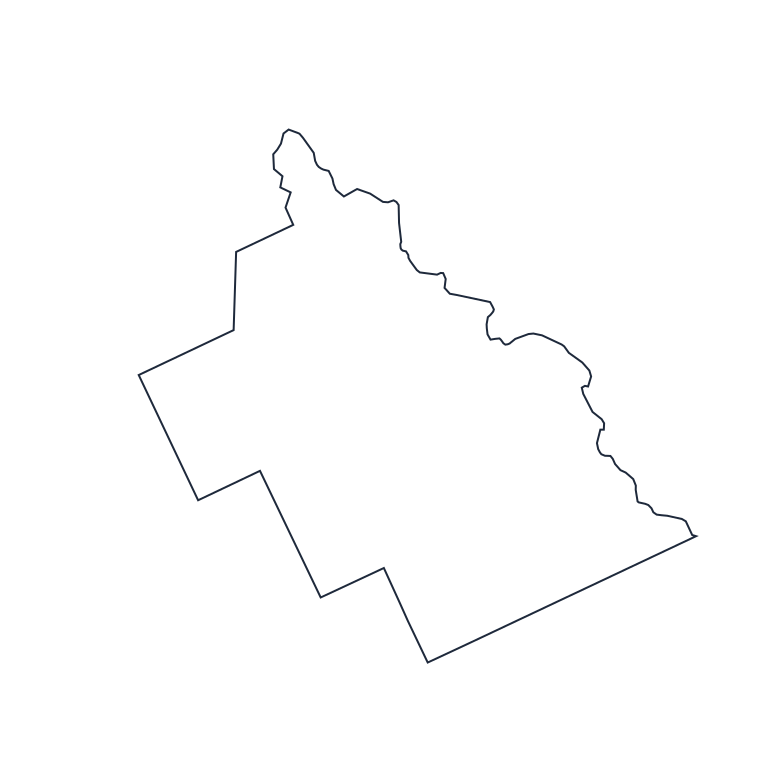 outline of Sabine, Louisiana, United States of America, rotated 155°
{"feature_id": "52423323B1560312281680", "entity_name": "Sabine", "entity_type": "district", "adm_level": 2, "iso_a3": "USA", "parent_name": "United States of America", "parent_adm1": "Louisiana", "projection": "orthographic", "projection_center": [-93.696, 31.506], "detail": "fine", "context": "isolated", "style": "outline", "palette": "slate", "viewbox_px": 768, "rotation_deg": 155, "n_neighbors": 0, "source": "geoboundaries", "source_scale": "gbopen_adm2", "svg_char_len": 1762}
<svg xmlns="http://www.w3.org/2000/svg" viewBox="0 0 768 768"><g transform="rotate(155 384 384)"><path d="M462.1,113.1L415.1,113.1L165.5,114.2L168.5,116.9L168.5,132.0L171.1,135.8L183.0,144.9L187.8,147.7L192.1,150.4L194.1,153.9L194.1,158.3L195.6,162.6L198.0,165.1L200.5,167.0L203.2,169.1L203.8,170.4L200.6,181.7L198.7,185.5L198.3,192.5L202.4,201.6L206.1,206.0L208.4,213.8L208.3,219.5L209.2,223.1L212.1,224.6L214.1,225.6L216.7,228.5L217.2,230.8L217.4,234.4L216.0,240.4L207.2,251.2L204.1,249.7L201.1,255.4L201.6,260.1L206.8,270.5L207.6,290.8L206.3,297.1L202.7,297.4L200.1,295.5L193.1,303.3L192.2,309.4L195.2,319.7L203.3,334.1L204.8,342.0L206.3,344.7L220.2,361.3L227.3,366.6L231.9,368.2L246.0,369.4L250.3,368.3L251.6,368.0L253.0,367.6L255.0,367.7L257.4,368.4L258.6,370.5L258.9,372.4L259.4,374.8L260.1,376.5L264.1,377.9L268.7,379.2L269.2,385.2L267.3,391.0L265.8,394.7L261.6,400.7L258.4,401.6L255.8,402.8L254.3,403.6L252.9,405.2L252.9,408.1L253.2,413.4L280.4,433.9L286.2,438.0L288.5,445.5L283.7,453.1L283.5,459.5L285.7,460.7L289.7,460.7L304.4,470.0L306.1,473.4L307.1,478.4L308.3,484.6L308.5,488.0L307.5,490.6L308.0,494.9L310.6,496.9L311.4,498.5L311.5,500.0L310.9,501.9L310.1,503.9L308.3,505.6L302.3,523.6L295.1,540.0L295.8,543.7L297.7,546.4L303.6,547.0L308.0,549.5L316.1,562.4L326.0,572.1L341.1,570.9L345.5,580.2L345.2,586.4L343.9,592.0L344.1,600.5L348.3,603.9L349.9,605.8L351.4,608.3L352.1,611.0L352.1,615.3L350.0,623.2L353.4,641.4L354.8,646.5L355.8,647.7L362.9,654.9L369.2,653.5L375.8,645.4L381.7,641.5L387.3,639.0L392.9,625.3L388.2,615.2L394.9,606.0L387.6,597.1L398.7,585.5L399.0,566.6L462.2,566.2L497.5,496.4L602.5,495.8L601.6,357.2L533.1,357.7L531.6,217.3L461.9,217.3L462.2,179.7L462.5,159.4L462.1,113.1Z" fill="none" stroke="#1e293b" stroke-width="2"/></g></svg>